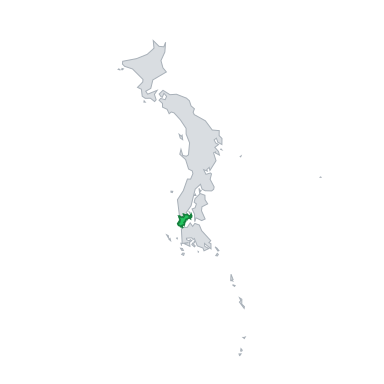 Yamaguchi highlighted on a map of Japan, rotated 303°
{"feature_id": "JPN-1826", "entity_name": "Yamaguchi", "entity_type": "Prefecture", "adm_level": 1, "iso_a3": "JPN", "parent_name": "Japan", "parent_adm1": "", "projection": "robinson", "projection_center": [131.623, 34.219], "detail": "fine", "context": "in_parent", "style": "filled", "palette": "green", "viewbox_px": 384, "rotation_deg": 303, "n_neighbors": 0, "source": "natural_earth", "source_scale": "10m", "svg_char_len": 7015}
<svg xmlns="http://www.w3.org/2000/svg" viewBox="0 0 384 384"><g transform="rotate(303 192 192)"><path d="M256.3,111.1L261.5,112.3L261.6,120.5L265.5,125.7L267.7,136.2L267.1,140.1L263.7,144.3L263.1,148.7L259.5,149.5L258.1,151.8L259.0,164.4L255.0,175.2L258.3,181.4L254.1,184.0L253.2,188.0L248.1,191.2L247.8,186.6L250.4,183.1L247.7,182.2L246.0,185.2L246.3,188.4L241.9,186.8L240.4,192.2L237.9,194.9L237.5,190.5L238.5,189.9L236.6,188.7L231.3,195.1L219.8,195.3L222.0,193.0L218.8,192.2L217.9,193.5L217.1,189.6L214.4,194.1L218.0,197.1L217.8,198.5L212.5,200.3L208.3,207.8L206.1,208.7L203.6,207.9L200.2,202.3L199.9,198.9L203.1,194.9L196.2,193.1L179.9,198.7L171.4,198.4L169.7,204.4L165.6,201.8L157.2,202.7L158.1,197.6L161.7,197.4L177.6,184.0L188.3,184.0L200.4,181.1L202.0,183.8L207.8,182.8L209.8,180.8L209.4,176.6L215.7,169.0L217.0,161.2L221.8,159.5L217.6,164.4L218.9,167.8L221.2,168.8L231.9,163.2L237.4,155.5L242.1,152.4L246.2,142.9L248.6,133.8L247.8,131.0L245.2,130.2L247.8,126.1L247.1,121.1L250.2,119.0L251.0,114.4L253.4,114.8L254.8,119.2L258.4,118.6L259.5,114.7L255.2,115.5L255.1,114.1L256.3,111.1ZM283.1,79.5L291.9,81.8L297.9,77.0L296.2,85.0L298.4,89.3L303.2,88.3L294.6,93.0L285.3,94.4L280.3,100.0L278.7,105.1L264.7,98.1L256.4,101.0L251.3,98.3L249.9,101.5L258.3,107.4L253.4,107.3L249.8,111.7L247.5,111.4L248.0,106.1L245.1,101.7L245.2,98.1L250.6,93.6L250.1,89.3L257.4,90.8L259.7,89.6L262.8,75.1L260.7,67.0L261.4,64.0L263.9,62.7L273.6,72.8L283.1,79.5ZM159.8,207.3L165.1,207.3L163.5,211.3L167.2,211.5L168.3,216.1L164.8,221.2L161.4,234.2L158.7,233.8L159.0,236.0L154.7,238.9L155.7,230.5L153.4,232.2L153.7,236.9L149.2,234.1L151.0,231.7L149.7,225.8L154.3,219.3L152.8,218.8L153.4,216.7L150.2,212.5L149.1,213.4L149.5,216.5L151.1,216.4L151.2,218.3L148.3,217.4L145.3,219.9L144.5,213.9L147.7,216.5L143.5,211.8L155.1,203.3L157.5,204.0L159.8,207.3ZM188.1,198.2L195.2,199.7L196.3,204.6L192.6,207.2L190.6,211.6L185.0,208.4L181.4,210.2L176.5,217.7L173.3,215.7L172.5,209.4L168.6,210.5L174.8,206.2L177.8,201.3L180.4,203.2L184.4,202.2L184.6,199.4L188.1,198.2ZM129.2,292.2L125.1,294.8L124.4,298.4L122.8,299.1L125.5,291.7L127.5,292.1L129.2,289.4L129.2,292.2ZM234.2,152.8L230.8,155.7L230.9,152.7L233.4,149.8L233.0,152.7L234.2,152.8ZM144.3,269.5L140.9,274.2L138.8,272.7L144.3,269.5ZM148.5,224.1L147.3,223.9L147.8,220.5L149.4,220.3L148.5,224.1ZM198.2,198.9L195.5,198.8L198.9,195.8L197.9,197.6L198.2,198.9ZM154.0,248.1L152.2,248.1L151.6,246.6L154.3,246.6L154.0,248.1ZM142.5,195.8L140.3,197.9L142.3,194.0L142.5,195.8ZM157.5,246.5L156.6,245.9L158.6,241.2L158.5,243.5L157.5,246.5ZM134.0,217.3L135.8,217.5L136.4,218.9L134.3,219.5L134.0,217.3ZM141.1,198.9L139.5,200.6L139.8,198.5L141.1,198.9ZM83.0,321.3L80.8,321.2L80.8,320.8L81.8,319.6L83.0,321.3ZM182.1,175.5L180.8,175.8L180.4,174.4L181.3,173.9L182.1,175.5ZM138.3,216.6L137.5,215.2L138.6,213.0L139.4,214.7L138.3,216.6ZM87.3,318.4L86.7,320.3L85.6,320.4L85.1,319.4L87.3,318.4ZM137.0,279.2L136.0,279.1L136.1,277.0L136.5,276.9L137.0,279.2ZM257.9,67.4L256.5,67.0L256.3,66.4L257.5,66.0L257.9,67.4ZM152.5,220.6L150.7,221.7L150.2,221.2L152.5,220.6ZM241.9,103.9L241.2,102.7L242.4,102.2L241.9,103.9ZM170.4,204.0L171.5,203.5L172.8,203.5L170.4,204.0ZM255.4,63.5L255.3,65.6L254.6,63.3L255.4,63.5ZM142.7,211.2L141.3,212.5L143.4,210.2L142.7,211.2ZM99.4,315.6L97.6,315.7L97.8,314.0L98.3,314.8L99.4,315.6ZM145.5,204.5L144.5,205.6L144.9,204.2L145.5,204.5ZM192.0,195.9L191.2,197.2L190.5,196.1L192.0,195.9ZM139.7,273.6L139.5,274.5L139.1,273.4L139.7,273.6ZM243.9,192.9L243.6,194.0L243.3,192.9L243.9,192.9ZM145.5,230.0L144.6,230.3L145.5,229.5L145.5,230.0ZM173.8,200.3L173.9,201.5L173.0,201.4L173.8,200.3ZM249.0,213.5L248.0,213.7L248.0,213.1L249.0,213.5ZM274.6,291.5L274.7,292.7L274.1,291.4L274.6,291.5Z" fill="#d9dde1" stroke="#a8b0b8" stroke-width="1"/><path d="M170.7,200.1L170.7,200.4L170.7,200.7L170.6,200.8L170.4,200.9L170.3,201.1L170.3,201.6L170.4,202.1L170.4,202.5L170.1,202.9L169.9,203.0L169.7,203.1L169.6,203.5L169.9,204.2L169.9,204.4L169.8,204.5L169.3,204.8L169.0,205.0L168.8,205.1L168.7,205.2L168.7,204.9L168.9,204.8L169.0,204.7L169.0,204.4L169.1,204.6L169.3,204.6L169.4,204.3L169.4,204.1L169.1,203.9L168.8,203.7L168.2,203.5L168.0,203.4L167.9,203.4L167.7,203.0L167.5,202.9L167.3,202.8L167.2,202.8L166.9,202.6L166.7,202.4L166.5,202.5L166.3,202.8L166.5,202.8L166.1,202.9L166.0,202.6L166.3,202.4L166.4,202.2L166.2,202.0L165.6,201.7L165.2,201.9L164.9,201.9L164.6,202.1L164.2,202.1L164.1,202.4L164.1,202.5L163.9,202.6L163.8,202.4L163.7,202.4L163.3,202.3L163.2,202.3L163.1,202.1L162.8,202.1L162.9,202.3L162.7,202.4L162.7,202.5L162.4,202.6L162.3,202.4L162.3,202.6L162.2,202.6L162.1,202.4L162.2,202.2L162.0,201.9L161.9,202.0L161.7,202.6L161.4,202.9L161.3,203.0L160.8,203.3L160.7,203.3L160.6,203.2L160.4,203.2L160.2,203.0L159.9,203.2L159.8,203.3L159.8,203.2L159.7,203.0L159.7,202.9L159.7,202.7L159.3,202.4L159.1,202.1L158.8,202.0L158.4,201.8L158.2,202.2L157.7,202.8L157.3,203.1L157.3,203.4L157.2,203.5L157.0,203.3L156.9,203.2L157.0,203.0L157.1,202.7L157.1,202.4L157.1,202.2L157.1,201.8L157.0,201.6L156.8,201.6L156.7,201.5L156.7,201.3L156.6,201.2L156.7,200.8L156.9,200.7L157.0,200.6L157.2,200.3L157.2,200.2L157.1,199.7L157.0,199.4L156.9,199.3L156.9,199.2L156.7,199.0L156.8,198.9L156.9,198.7L156.9,198.4L156.9,198.2L157.0,198.1L157.3,198.2L157.5,198.0L158.0,197.9L158.4,197.8L158.2,197.6L157.7,197.5L157.4,197.6L157.4,197.4L157.5,197.3L157.6,197.2L157.8,197.1L158.1,197.2L158.0,197.3L158.3,197.4L158.6,197.3L158.8,197.2L159.0,197.4L159.4,197.4L159.5,197.8L159.8,197.9L160.0,197.6L159.8,197.4L159.8,197.2L160.0,197.2L160.4,197.1L160.6,197.1L160.9,197.4L160.6,197.3L160.4,197.3L160.2,197.6L160.2,197.9L160.4,197.8L160.4,197.7L160.9,197.7L161.3,197.6L161.4,197.3L161.8,197.3L162.3,197.2L162.3,196.9L162.4,196.7L162.7,196.4L162.7,196.1L163.0,196.0L163.3,195.7L163.5,195.5L163.7,195.3L163.7,195.2L163.7,194.9L163.8,194.8L164.0,194.9L164.1,194.6L164.1,194.4L164.3,194.3L164.5,194.4L164.9,194.3L164.9,194.2L165.0,194.3L165.0,194.5L165.0,194.8L165.2,195.3L165.2,195.5L165.0,196.0L164.9,196.2L164.8,196.4L164.9,196.6L165.0,196.7L165.0,196.8L165.0,197.0L165.9,197.3L165.9,197.5L165.7,197.8L165.7,198.0L165.8,198.3L165.8,198.5L166.0,198.7L166.3,198.8L166.7,198.7L167.2,198.5L167.3,198.5L167.5,198.7L167.8,198.5L167.8,198.3L167.9,198.2L168.2,198.1L168.3,198.0L168.2,197.9L168.1,197.7L168.2,197.4L168.8,196.8L168.9,197.1L169.0,198.0L169.5,199.4L169.7,199.6L169.9,199.8L170.0,199.8L170.3,200.0L170.6,200.1L170.7,200.1ZM170.7,204.0L170.4,203.9L170.2,203.7L170.1,203.4L170.3,203.1L170.6,203.0L170.8,203.0L171.1,203.1L171.3,203.3L171.6,203.7L171.9,203.6L172.1,203.4L172.3,203.5L172.3,203.4L172.4,203.2L172.5,203.2L172.9,203.2L173.0,203.2L172.9,203.3L172.7,203.6L172.3,203.7L172.2,203.7L172.1,203.8L172.1,204.1L172.1,204.4L171.7,204.3L171.6,204.2L171.6,203.9L171.4,203.9L171.2,203.9L171.2,204.0L170.8,204.1L170.7,204.1L170.7,204.0ZM170.7,204.9L170.8,205.0L171.0,205.2L171.0,205.3L170.9,205.3L170.7,205.3L170.3,205.1L170.2,205.1L170.2,204.9L170.4,204.9L170.6,204.9L170.7,204.9Z" fill="#22c55e" stroke="#15803d" stroke-width="1.5"/></g></svg>